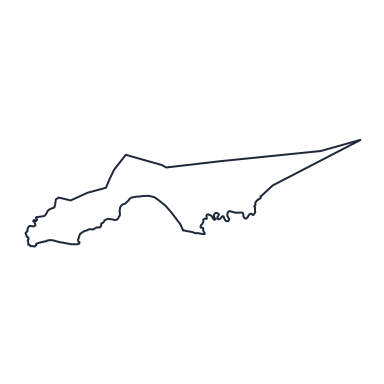 outline of Omoa, Cortés, Honduras, rotated 193°
{"feature_id": "27666195B94440917052753", "entity_name": "Omoa", "entity_type": "district", "adm_level": 2, "iso_a3": "HND", "parent_name": "Honduras", "parent_adm1": "Cortés", "projection": "mercator", "projection_center": [-88.127, 15.658], "detail": "fine", "context": "isolated", "style": "outline", "palette": "slate", "viewbox_px": 384, "rotation_deg": 193, "n_neighbors": 0, "source": "geoboundaries", "source_scale": "gbopen_adm2", "svg_char_len": 6068}
<svg xmlns="http://www.w3.org/2000/svg" viewBox="0 0 384 384"><g transform="rotate(193 192 192)"><path d="M264.9,213.3L272.9,196.2L275.1,186.6L276.8,176.8L293.6,167.8L308.3,156.5L318.8,156.6L319.8,156.5L320.9,156.5L321.4,155.6L322.3,155.0L322.8,154.4L323.0,154.1L322.8,151.6L322.7,150.2L322.4,148.8L322.4,148.3L322.7,147.4L322.6,146.2L322.8,145.9L323.1,145.6L324.0,145.1L325.9,143.8L326.9,143.0L327.6,142.2L328.1,141.5L328.4,140.9L328.7,139.9L328.9,138.5L329.3,137.7L329.7,136.6L329.9,136.2L330.6,135.4L333.8,134.0L335.8,133.3L337.8,132.6L338.2,131.7L338.2,131.4L338.1,131.2L337.8,131.0L337.5,130.8L337.0,130.6L336.8,130.4L336.7,130.2L336.8,129.6L336.9,129.4L337.4,128.6L337.6,128.5L337.8,128.4L338.1,128.4L338.4,128.6L339.3,129.2L339.6,129.1L339.8,129.0L340.0,128.7L340.1,128.1L340.1,127.8L339.9,127.7L339.7,127.7L339.4,127.9L339.2,127.9L338.8,127.6L338.7,127.4L338.3,126.4L337.1,124.5L337.1,124.4L337.4,123.9L337.8,123.4L338.2,123.1L338.7,122.8L339.2,122.7L341.0,122.7L341.9,122.5L342.6,122.3L343.0,121.9L343.2,121.6L343.7,120.0L343.8,119.4L343.9,118.4L343.6,117.1L343.6,116.5L343.8,116.2L344.6,115.4L344.8,115.0L344.9,114.6L344.8,114.3L344.7,114.0L343.8,113.1L343.6,112.2L343.4,111.9L342.8,111.5L342.3,111.1L341.9,111.0L341.4,111.0L341.2,110.9L340.7,109.1L341.1,108.3L341.2,107.9L340.9,107.5L340.5,106.5L339.9,105.2L339.8,104.8L339.8,104.0L338.9,104.0L337.5,103.1L337.3,103.1L337.2,103.3L336.7,103.0L335.1,103.4L334.4,103.5L333.6,103.3L333.3,103.5L333.1,103.8L332.7,103.9L332.5,104.3L331.8,105.1L331.9,105.3L331.9,105.6L332.1,106.2L331.9,106.6L331.7,106.8L331.2,107.1L330.5,107.6L329.8,107.9L329.0,108.4L328.4,108.6L327.9,109.1L326.8,109.5L326.0,109.7L325.7,110.0L325.4,110.3L325.0,110.5L322.9,111.2L322.8,111.3L322.8,111.7L322.7,111.8L322.3,111.9L321.2,112.6L320.7,112.7L320.4,112.9L320.0,112.9L319.6,113.2L319.0,113.2L318.6,113.4L318.1,113.5L317.3,113.5L315.5,113.7L314.7,113.5L313.7,113.4L311.5,113.5L310.7,113.4L309.0,113.3L308.3,113.4L307.7,113.5L307.1,113.6L305.5,113.6L304.2,113.7L298.4,113.9L295.8,114.4L292.6,115.1L291.8,115.4L291.0,115.9L290.5,116.1L290.3,116.4L290.2,116.8L290.2,117.3L290.3,117.7L290.5,117.8L291.2,117.9L291.9,118.7L292.0,118.9L292.3,120.2L292.1,121.2L292.0,123.2L291.9,124.0L291.6,125.8L291.4,126.3L290.9,126.7L289.4,128.5L288.7,129.2L287.6,130.0L285.7,131.0L285.0,131.6L284.5,132.1L284.2,132.4L283.6,132.6L282.5,132.9L281.5,133.1L280.3,133.2L279.8,133.3L279.5,133.5L278.2,135.0L277.7,135.4L277.1,135.8L276.0,136.3L273.7,136.8L273.2,137.8L273.0,138.5L273.0,139.1L273.2,139.9L273.3,140.4L273.3,140.6L272.8,141.3L272.5,141.6L272.0,141.9L271.5,142.4L270.8,144.5L270.5,144.9L268.7,146.5L268.2,146.8L267.5,147.0L266.8,147.1L265.7,147.2L262.8,147.4L261.7,147.3L260.8,147.3L260.2,147.5L259.6,147.9L258.7,148.5L258.4,148.9L258.2,149.3L257.6,151.7L257.2,152.3L257.1,153.0L257.1,153.7L257.3,154.4L257.6,155.4L258.3,157.3L258.4,158.2L258.4,159.3L258.5,160.1L258.4,161.0L258.2,162.0L257.9,162.7L257.4,163.5L256.9,164.1L256.5,164.5L255.6,165.0L254.8,165.4L254.2,165.9L253.9,166.4L253.3,167.6L252.0,169.3L251.6,170.6L251.2,171.4L250.6,172.0L249.5,173.1L245.5,174.8L244.4,175.2L242.9,175.5L239.9,176.7L238.6,177.1L235.0,178.1L233.4,178.5L232.3,178.5L230.1,178.6L228.7,178.5L227.7,178.4L227.1,178.3L223.3,176.8L222.3,176.3L214.8,172.7L213.7,171.9L208.5,168.2L204.9,165.3L203.1,163.8L201.9,162.8L197.7,159.2L197.2,159.0L196.9,158.8L196.5,158.3L195.4,157.1L194.9,156.3L192.7,153.5L192.4,153.1L192.3,152.7L192.1,152.5L191.9,152.5L191.5,152.7L190.9,152.8L188.1,152.7L186.2,152.9L183.6,153.0L182.5,153.0L179.7,152.7L178.5,152.8L177.1,153.2L176.5,153.3L174.4,153.4L172.7,153.4L171.8,153.5L170.8,153.7L170.3,153.9L170.2,154.0L170.4,154.6L170.6,155.0L171.8,156.2L172.3,156.9L172.5,157.4L172.8,158.6L173.1,159.4L173.6,159.5L174.3,159.5L174.7,159.5L175.1,159.3L175.3,159.3L175.5,159.4L175.7,159.5L175.8,159.8L175.8,160.0L175.9,161.0L175.8,161.4L175.5,162.1L174.9,163.0L174.7,163.4L174.5,164.3L174.3,165.4L174.3,166.0L174.8,167.7L174.1,168.4L173.6,168.8L172.5,169.1L171.8,169.1L171.6,169.3L171.7,169.6L172.1,170.7L172.6,172.3L172.6,172.6L172.5,172.8L172.4,173.1L172.2,173.3L171.8,173.6L171.3,173.8L171.0,173.8L170.6,173.6L170.4,173.7L169.8,173.6L169.0,173.5L168.6,173.4L167.5,172.9L166.7,172.4L165.6,171.0L165.1,170.5L164.8,170.2L164.5,170.1L164.2,170.0L163.7,170.0L163.4,170.2L163.2,170.4L163.1,170.7L163.1,170.9L163.2,171.1L163.6,171.4L164.5,172.2L165.2,173.0L165.3,173.3L165.3,173.7L165.3,174.9L165.2,175.5L165.1,175.9L164.8,176.3L164.5,176.6L164.2,176.9L163.9,177.0L163.5,177.1L162.9,177.1L162.0,176.9L161.5,176.8L161.1,176.6L160.9,176.3L160.8,175.8L160.8,175.2L161.4,173.8L161.5,173.2L161.6,172.6L161.5,172.3L161.4,172.0L161.2,171.8L160.9,171.6L160.4,171.4L160.0,171.4L159.5,171.6L158.9,172.0L158.6,172.3L158.0,173.3L157.4,174.5L157.1,175.0L156.8,175.3L156.4,175.4L156.1,175.3L155.7,175.1L154.9,173.9L154.0,172.7L153.5,172.2L153.0,171.7L152.5,171.5L152.0,171.3L151.3,171.4L150.8,171.5L150.5,171.6L150.2,171.8L149.8,172.4L149.7,173.2L149.7,173.9L149.8,174.1L151.7,176.1L152.3,177.0L152.5,177.7L152.6,178.6L152.6,179.2L152.5,179.7L152.4,180.2L152.2,180.7L152.0,181.0L151.8,181.4L151.4,181.7L151.1,181.8L148.8,181.8L146.5,181.6L144.9,181.6L144.1,181.8L139.7,183.0L139.1,183.1L138.3,183.1L137.7,182.9L137.4,182.6L137.2,182.2L136.9,181.2L136.2,179.7L135.8,179.1L135.4,178.7L134.9,178.3L134.3,178.1L133.6,178.2L133.1,178.5L132.6,179.0L132.2,179.8L131.6,181.6L131.1,182.8L130.8,183.3L130.4,183.7L129.8,184.0L129.1,184.1L128.9,184.1L127.9,183.3L127.5,183.5L127.0,183.5L126.8,183.7L126.8,183.8L126.8,184.1L126.5,184.6L126.2,185.1L125.9,186.0L125.9,186.5L125.9,186.8L126.1,187.3L126.6,188.4L126.8,189.9L127.0,191.0L127.3,191.4L127.9,191.9L128.1,192.1L127.5,193.2L127.3,193.7L127.3,194.1L127.8,195.2L127.9,195.5L127.8,196.1L127.7,196.3L127.5,196.7L127.5,197.0L127.3,197.3L127.1,197.5L126.6,198.6L126.2,198.8L126.0,199.0L125.9,199.2L125.9,199.6L124.3,200.9L124.0,201.2L123.8,201.7L123.8,202.3L123.9,202.9L124.2,203.3L123.4,204.0L114.9,216.5L39.1,281.0L75.8,260.9L171.0,228.5L222.6,210.1L227.6,211.5L264.9,213.3Z" fill="none" stroke="#1e293b" stroke-width="2"/></g></svg>